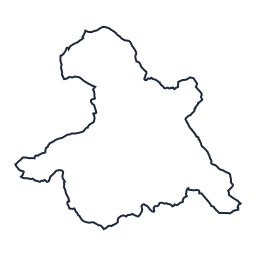 outline of Quan Hoa, Thanh Hóa, Vietnam
{"feature_id": "81297802B43083568307928", "entity_name": "Quan Hoa", "entity_type": "district", "adm_level": 2, "iso_a3": "VNM", "parent_name": "Vietnam", "parent_adm1": "Thanh Hóa", "projection": "natural_earth1", "projection_center": [104.955, 20.487], "detail": "fine", "context": "isolated", "style": "outline", "palette": "slate", "viewbox_px": 256, "rotation_deg": 0, "n_neighbors": 0, "source": "geoboundaries", "source_scale": "gbopen_adm2", "svg_char_len": 5771}
<svg xmlns="http://www.w3.org/2000/svg" viewBox="0 0 256 256"><path d="M197.0,83.3L195.6,81.5L193.5,78.2L190.0,77.4L187.2,79.2L185.0,79.9L182.6,80.0L178.2,82.0L177.9,87.1L176.0,87.8L175.0,88.5L174.5,89.2L174.2,89.0L173.1,87.7L172.6,87.5L171.9,88.1L170.9,87.8L169.4,88.5L168.8,88.3L167.7,87.6L165.7,88.3L164.2,88.1L163.2,86.6L160.9,84.7L160.4,83.8L159.9,83.4L159.8,82.6L159.3,82.5L158.0,81.3L155.5,79.7L152.4,78.8L151.6,77.8L151.2,77.8L149.9,78.8L149.5,78.8L148.6,78.4L147.9,78.5L147.5,78.8L146.6,80.0L145.5,80.2L144.6,79.5L144.3,78.9L144.3,78.6L145.1,77.1L145.4,75.4L146.3,73.9L146.4,72.6L146.2,71.6L144.6,70.4L141.2,66.9L140.5,64.8L139.8,63.4L139.3,62.7L138.2,61.9L136.4,61.4L135.5,58.2L135.3,56.8L135.4,55.7L136.3,53.8L136.3,53.1L135.2,50.2L132.2,46.0L130.3,42.1L129.8,41.6L128.5,40.8L125.3,40.4L122.4,39.1L121.5,38.4L119.9,36.6L117.9,35.3L116.9,34.4L115.9,33.0L114.5,31.9L108.6,28.1L104.8,26.9L102.3,27.1L99.2,28.8L97.3,30.3L93.8,31.1L92.0,32.0L90.0,32.1L88.5,31.9L86.7,31.3L85.4,30.6L84.8,32.6L83.5,35.5L82.4,37.0L83.2,38.1L81.4,39.6L79.8,40.5L78.1,42.0L73.6,44.1L70.4,46.1L69.6,47.2L69.0,48.7L68.7,49.2L68.4,47.9L67.6,47.7L66.9,47.8L66.5,48.3L65.6,50.8L63.7,53.6L61.9,55.4L60.9,55.4L60.6,55.7L60.4,57.7L60.5,61.0L61.1,63.3L61.6,64.3L61.1,66.9L61.1,69.0L61.7,70.2L62.1,72.3L62.0,75.0L62.8,76.1L64.0,79.1L64.7,79.1L67.5,78.3L68.6,77.2L69.9,77.1L72.6,77.4L73.3,77.3L74.8,76.5L79.1,77.3L80.0,77.7L84.3,81.2L88.3,83.6L92.6,85.8L95.2,86.8L93.1,89.4L93.2,90.2L94.1,91.4L94.4,94.2L94.4,96.5L94.8,97.5L94.9,98.5L94.6,98.8L92.4,99.3L91.2,99.9L90.9,101.5L92.3,104.0L93.3,104.4L94.2,105.4L96.3,112.3L96.1,112.9L95.5,113.3L93.3,113.4L93.2,113.6L94.2,115.7L94.6,118.7L93.6,122.2L90.4,124.0L89.4,124.7L88.0,126.6L87.8,127.6L86.7,127.8L85.9,128.2L83.5,131.3L81.2,132.2L76.8,133.3L73.4,133.6L72.0,133.4L71.0,133.8L70.2,134.4L67.3,134.7L62.5,137.7L58.1,138.9L56.1,139.7L51.7,142.5L50.1,143.0L49.7,143.3L49.5,143.9L48.5,144.7L48.2,146.0L47.4,147.2L46.4,147.5L46.2,147.7L46.1,148.3L45.6,149.2L45.3,152.2L44.7,152.7L41.9,153.3L40.3,154.3L39.3,154.5L37.8,155.8L36.3,155.5L35.5,155.7L34.8,156.7L34.5,158.3L32.4,158.1L29.2,158.2L27.8,157.8L27.2,157.9L26.2,157.5L22.6,157.5L22.1,158.4L21.3,159.2L18.2,161.8L16.5,163.6L15.4,164.4L16.3,166.3L19.6,170.3L22.4,171.0L23.7,171.7L23.2,173.5L22.5,175.3L21.0,176.7L21.5,177.0L23.2,178.0L24.0,178.2L27.1,178.2L30.8,179.1L32.4,178.6L33.6,179.2L34.5,180.4L36.1,180.6L39.5,181.8L40.1,181.8L41.5,180.7L43.4,180.9L44.1,180.2L44.7,180.0L45.1,180.2L46.8,181.7L47.7,181.8L48.9,180.9L49.0,180.2L49.7,179.0L50.0,177.4L50.8,176.2L52.2,175.1L53.2,173.9L54.2,173.3L55.2,171.8L56.2,170.8L59.0,170.1L61.2,170.4L61.9,170.6L62.4,171.0L62.9,171.6L63.2,173.1L62.7,174.5L62.4,176.2L62.5,177.1L63.0,178.8L64.9,181.5L64.2,182.0L63.9,182.7L64.2,183.6L64.2,185.6L63.9,187.0L65.0,189.4L66.2,193.9L68.7,198.6L68.6,200.0L69.3,201.1L68.7,201.6L68.1,201.6L67.6,201.9L67.3,202.7L67.5,204.0L68.4,205.7L69.4,208.5L72.5,208.9L74.4,208.5L76.0,211.9L77.1,212.9L78.2,215.2L79.5,215.9L79.8,216.7L80.4,217.5L81.2,219.0L82.2,220.1L83.7,221.2L84.3,221.5L86.5,222.2L88.7,222.7L92.9,222.2L95.4,223.3L96.2,223.9L98.7,225.3L100.5,225.5L101.4,226.1L101.9,226.8L102.7,227.5L103.7,229.1L106.0,228.1L108.4,226.0L109.8,225.7L111.5,226.1L112.8,225.0L113.6,225.0L114.7,224.2L115.6,223.9L117.8,222.1L117.6,221.0L117.9,219.8L118.0,218.7L119.4,217.3L120.4,216.5L121.7,215.8L123.4,215.4L124.5,215.7L126.2,216.5L127.4,215.2L131.4,214.5L132.4,213.9L134.1,214.9L136.9,216.2L138.6,216.4L138.8,215.9L140.1,214.4L141.8,211.5L142.2,210.1L141.5,206.2L142.0,205.2L143.4,204.3L144.0,204.2L144.9,205.0L146.8,205.8L148.3,207.2L149.9,209.4L151.3,210.7L152.2,211.4L153.5,211.7L153.9,211.6L154.2,211.2L154.2,210.6L153.7,208.1L154.1,207.0L154.8,206.3L157.2,206.1L157.9,205.8L158.8,204.8L159.5,203.2L160.2,202.8L161.8,202.8L164.6,203.6L166.4,203.2L168.0,204.1L169.0,203.9L171.5,205.2L172.2,206.3L173.8,205.8L174.3,204.7L174.6,204.4L176.9,205.2L178.6,204.2L180.0,202.9L182.9,201.8L182.8,200.1L183.6,198.2L184.5,197.4L186.8,196.2L186.0,194.4L186.0,193.3L186.4,192.6L186.4,191.2L186.6,190.5L187.5,188.7L188.4,188.2L188.6,189.3L189.1,189.8L193.8,190.3L197.5,190.0L198.9,190.6L199.1,191.0L199.3,191.7L199.2,193.3L201.7,193.5L203.8,196.2L208.9,202.1L210.1,203.7L211.3,206.1L213.1,206.5L214.0,207.0L214.4,208.2L215.3,208.8L215.6,209.4L216.5,210.5L217.1,210.8L219.2,213.1L222.0,212.8L222.6,213.0L228.2,213.1L229.7,213.4L232.1,212.1L233.4,210.7L234.9,210.5L238.3,209.6L238.4,209.1L238.0,208.2L238.2,207.7L237.6,207.2L238.0,206.0L238.8,204.5L240.3,204.0L240.6,203.8L240.6,203.4L239.1,202.5L238.2,201.1L233.4,198.2L229.0,195.0L228.8,192.4L228.1,190.7L230.1,189.0L232.5,186.3L232.9,185.5L232.7,184.4L231.0,182.6L231.0,180.3L230.7,177.7L230.4,176.8L230.1,174.6L229.3,173.4L226.7,172.4L225.5,171.6L224.6,171.4L223.1,170.3L220.4,169.6L218.8,168.5L216.8,166.3L215.4,165.2L212.2,164.1L211.5,163.5L211.2,163.1L211.2,162.6L211.4,160.6L210.7,159.2L210.0,158.5L209.4,155.7L208.0,153.1L207.7,152.1L205.3,149.2L203.9,148.0L203.6,147.5L202.0,146.4L201.5,145.5L201.5,145.1L201.2,144.5L200.9,143.1L200.0,141.5L199.9,140.7L198.9,139.4L198.6,139.3L198.6,138.1L198.4,137.5L197.8,137.2L197.4,136.7L196.4,136.6L195.9,135.6L195.6,135.4L195.5,134.6L195.2,133.9L193.9,132.7L193.5,131.9L192.8,131.0L192.2,130.6L192.0,130.0L191.3,129.0L190.4,128.4L189.8,127.3L188.7,125.8L188.5,124.9L187.3,122.7L186.9,122.4L186.7,121.5L185.5,119.3L185.6,118.8L185.9,118.2L188.8,115.6L189.2,115.4L190.3,115.3L191.8,113.5L193.7,111.8L194.4,110.9L194.5,109.0L195.3,108.5L195.5,108.2L195.2,107.8L195.3,107.5L196.6,105.7L197.0,105.4L197.9,104.2L198.0,103.0L199.3,102.5L200.1,101.5L202.1,100.0L202.3,99.6L201.6,98.4L200.9,96.8L201.7,95.0L201.6,94.0L201.3,93.3L200.8,92.4L197.1,88.5L196.6,87.5L195.9,86.9L197.0,84.0L197.0,83.3Z" fill="none" stroke="#1e293b" stroke-width="2"/></svg>